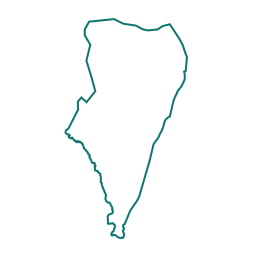 Rashaant, Hövsgöl, Mongolia (Robinson projection), rotated 267°
{"feature_id": "93677404B8615424997314", "entity_name": "Rashaant", "entity_type": "district", "adm_level": 2, "iso_a3": "MNG", "parent_name": "Mongolia", "parent_adm1": "Hövsgöl", "projection": "robinson", "projection_center": [100.984, 49.181], "detail": "fine", "context": "isolated", "style": "outline", "palette": "teal", "viewbox_px": 256, "rotation_deg": 267, "n_neighbors": 0, "source": "geoboundaries", "source_scale": "gbopen_adm2", "svg_char_len": 5191}
<svg xmlns="http://www.w3.org/2000/svg" viewBox="0 0 256 256"><g transform="rotate(267 128 128)"><path d="M237.5,119.7L236.2,94.7L228.5,89.9L222.8,89.7L213.1,94.7L197.5,90.0L179.0,94.6L166.5,97.3L156.0,88.0L160.9,83.0L156.9,79.3L149.0,79.2L148.9,79.1L130.3,68.3L129.0,66.0L128.4,65.8L128.2,65.7L127.8,65.5L127.3,65.5L127.0,65.4L126.6,65.5L126.3,65.7L126.2,65.7L126.0,65.9L125.5,66.3L125.0,66.7L125.0,66.8L124.8,67.0L124.6,67.9L124.6,68.0L124.6,68.3L124.6,68.6L124.5,68.9L124.5,69.0L124.1,69.2L123.7,69.3L123.7,69.2L124.0,69.1L124.2,68.9L124.3,68.8L124.4,68.7L124.2,68.6L123.9,68.8L123.2,68.7L122.9,68.5L122.6,68.3L122.4,68.3L122.2,68.3L121.7,68.5L121.2,69.4L120.5,70.3L120.5,70.5L120.7,70.8L121.0,71.1L121.2,71.3L121.3,71.4L121.3,71.6L121.2,71.7L121.2,71.8L120.9,71.9L120.5,72.5L120.2,72.6L119.3,73.0L119.0,73.2L118.8,73.4L118.3,73.7L118.3,73.9L118.3,74.1L118.1,74.3L117.9,74.5L118.1,74.7L118.0,74.9L117.8,75.2L117.4,75.3L117.2,75.4L116.9,75.8L116.7,75.8L116.5,76.1L116.6,76.3L117.1,76.4L117.4,76.5L117.5,76.8L117.5,77.3L117.2,77.5L116.7,77.6L116.6,77.8L116.5,78.1L116.4,78.2L116.4,78.3L116.7,78.4L116.8,78.5L117.0,78.8L117.0,79.1L116.9,79.3L116.5,79.5L116.4,79.6L116.2,79.7L116.0,79.9L115.8,80.1L115.7,80.3L115.8,80.5L115.8,80.8L115.6,81.0L115.2,81.3L114.9,81.5L114.6,81.6L114.3,81.7L113.9,81.6L113.7,81.8L113.5,82.1L113.2,82.3L112.6,82.2L112.4,82.3L111.6,82.7L110.6,82.9L109.9,82.9L109.7,83.0L109.1,83.6L108.8,84.1L108.5,84.5L108.3,84.7L108.1,84.9L107.0,85.1L106.9,85.2L106.8,85.6L106.6,85.8L106.5,86.1L105.6,86.5L105.3,86.7L104.6,86.7L104.2,86.8L104.0,87.0L103.8,87.4L103.5,87.6L103.2,88.2L102.8,88.4L102.6,88.3L102.3,88.3L102.0,88.3L101.2,87.9L100.6,87.9L100.4,88.1L100.0,88.3L99.7,88.6L99.4,88.7L99.0,88.9L98.6,89.1L98.3,89.4L97.9,89.5L97.2,89.6L96.7,89.7L95.9,90.0L95.4,90.2L95.1,90.4L95.1,90.5L95.0,91.0L95.0,91.4L95.0,91.7L94.9,92.0L95.0,92.2L95.0,92.5L94.9,92.7L94.8,92.8L93.5,92.8L93.1,93.0L92.7,93.4L92.4,93.5L91.9,93.6L91.8,93.4L92.1,93.3L92.5,93.2L92.8,93.0L92.8,92.8L92.7,92.7L92.0,93.0L91.6,92.9L91.3,92.8L91.0,92.9L90.5,93.0L90.2,93.0L90.0,92.8L89.7,92.8L88.2,92.9L87.7,92.9L87.5,93.0L87.3,93.2L87.1,93.6L87.0,93.9L86.9,94.3L86.8,94.6L86.8,95.3L86.6,95.4L86.2,95.6L85.7,95.8L85.3,96.1L84.8,96.5L84.5,96.9L84.2,97.4L84.0,97.7L83.6,97.9L83.1,98.0L82.7,97.9L82.2,97.7L82.0,97.8L81.5,98.0L81.0,98.2L80.6,98.3L80.0,98.3L79.2,98.1L78.6,98.1L78.1,98.2L76.6,98.2L76.0,98.1L75.5,97.9L75.3,97.9L75.2,97.9L75.1,98.3L74.9,98.5L74.6,98.7L74.4,98.8L74.1,99.0L73.5,98.9L73.3,98.8L72.9,98.8L71.8,99.0L71.3,99.3L71.0,99.5L70.7,99.6L70.2,99.6L69.8,99.5L69.5,99.6L69.3,99.9L68.9,100.2L68.7,100.3L68.3,100.3L68.0,100.5L67.6,100.5L67.1,100.6L66.6,100.8L66.0,101.1L64.9,101.4L64.6,101.4L64.4,101.6L64.1,101.9L63.8,102.1L63.2,102.2L62.0,102.5L61.5,102.5L60.8,102.3L60.3,102.1L59.0,101.8L58.5,101.7L58.0,101.8L56.6,102.2L56.5,102.3L55.8,102.7L55.0,103.5L54.8,103.7L54.7,103.8L54.6,104.0L54.5,104.3L54.5,104.5L54.6,105.0L54.4,105.6L54.2,105.9L53.9,106.1L53.3,106.4L52.9,106.5L52.6,106.6L52.2,106.7L51.6,106.8L51.3,107.0L51.0,107.2L50.5,107.6L49.7,108.0L49.1,108.1L48.6,108.1L48.4,108.1L48.2,108.2L47.8,108.2L47.7,107.9L47.4,107.9L46.9,108.1L46.5,108.2L46.0,108.4L45.7,108.5L45.4,108.6L45.0,108.6L44.7,108.4L44.3,108.2L43.8,107.9L43.5,107.5L43.3,107.0L43.2,106.8L43.1,105.8L42.8,105.3L42.6,104.7L42.4,104.3L42.2,104.1L41.9,103.8L41.5,103.5L41.0,103.2L40.6,103.1L40.4,103.1L39.8,103.1L37.5,103.0L37.2,103.0L36.8,103.1L36.6,103.2L36.1,103.2L35.2,103.1L34.9,103.1L34.5,103.0L34.2,103.0L33.8,103.0L33.6,103.1L33.4,103.2L33.3,103.5L33.4,104.1L33.4,105.2L33.5,105.3L33.6,105.7L33.6,106.2L33.5,106.6L33.5,106.8L33.7,107.6L33.7,107.9L33.6,108.0L33.4,108.3L33.2,108.4L32.7,108.6L32.6,108.9L32.2,109.2L31.9,109.6L31.6,109.8L31.3,109.9L30.9,110.0L30.4,109.9L29.6,109.7L28.6,109.3L28.1,108.9L27.7,108.8L27.3,108.8L27.1,108.8L26.9,108.7L26.7,108.4L26.3,108.2L26.0,108.2L25.8,108.1L25.5,108.0L25.3,107.8L25.2,107.6L25.1,107.2L24.8,106.9L24.6,106.6L24.3,106.4L23.9,106.2L23.2,106.1L22.8,106.0L22.5,105.7L21.9,106.1L21.7,106.2L21.5,106.4L21.4,106.6L21.5,106.8L21.6,107.2L21.8,107.4L21.9,107.5L22.0,107.8L22.1,108.3L22.0,108.5L22.0,108.8L22.0,109.1L21.9,109.3L21.8,109.5L21.6,109.7L21.1,110.3L20.8,110.7L20.1,111.5L19.7,112.1L19.5,112.3L19.3,112.5L19.0,113.2L18.7,113.9L18.6,114.2L18.5,114.7L18.5,115.1L18.7,115.6L18.8,115.8L18.7,116.3L18.8,116.9L18.6,117.2L21.0,118.6L22.5,118.5L24.0,117.9L24.9,117.6L26.0,117.6L26.6,118.1L26.9,118.6L28.1,118.8L29.1,118.0L31.5,118.2L32.2,119.7L45.2,125.8L55.1,133.4L59.3,135.7L93.3,147.6L110.5,152.7L117.7,158.4L118.5,158.6L119.7,159.2L121.1,159.9L122.0,160.7L122.4,160.9L122.9,161.1L123.2,161.4L124.3,161.7L124.7,162.0L124.9,162.1L126.7,163.1L129.6,163.9L133.3,165.3L134.9,166.5L135.9,167.9L136.8,169.0L137.0,170.1L137.3,170.4L153.5,175.1L155.4,176.1L156.4,176.5L157.5,177.2L158.6,177.6L160.2,178.8L161.5,179.1L162.4,179.6L163.8,180.8L165.0,181.9L165.8,182.8L167.1,183.8L168.3,184.4L171.0,185.9L173.1,186.9L174.2,187.3L176.8,187.4L179.1,187.4L181.4,187.0L181.9,188.6L195.6,190.6L200.1,189.1L208.0,187.0L214.8,183.7L229.4,175.2L228.4,170.1L228.1,168.1L224.9,162.8L224.4,153.2L225.6,148.3L229.9,141.1L232.4,128.7L237.5,119.7Z" fill="none" stroke="#0f766e" stroke-width="2"/></g></svg>